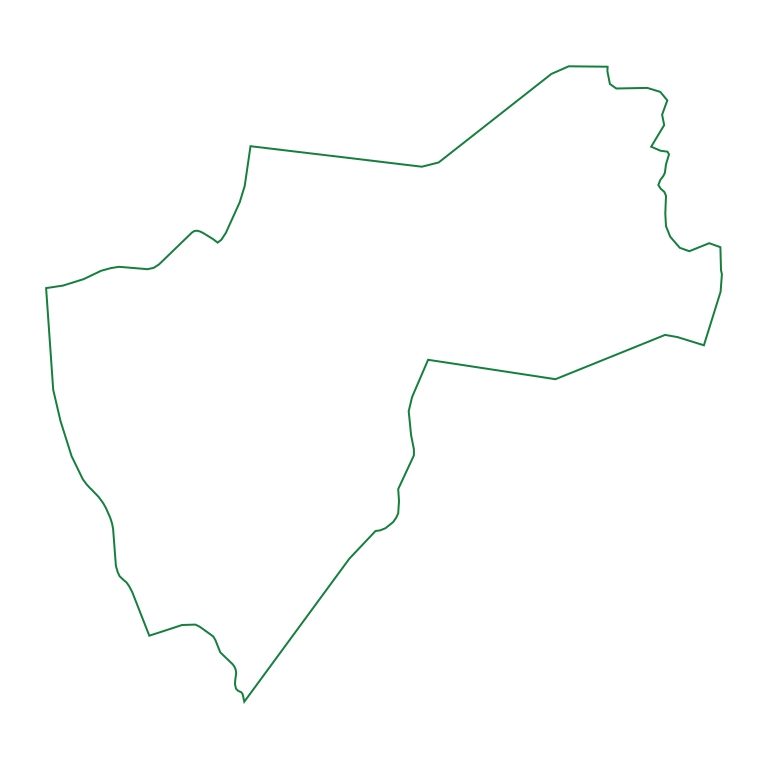 Fromager, Natural Earth projection
{"feature_id": "CIV-3445", "entity_name": "Fromager", "entity_type": "Region", "adm_level": 1, "iso_a3": "CIV", "parent_name": "Ivory Coast", "parent_adm1": "", "projection": "natural_earth1", "projection_center": [-5.843, 6.159], "detail": "fine", "context": "isolated", "style": "outline", "palette": "green", "viewbox_px": 768, "rotation_deg": 0, "n_neighbors": 0, "source": "natural_earth", "source_scale": "10m", "svg_char_len": 1498}
<svg xmlns="http://www.w3.org/2000/svg" viewBox="0 0 768 768"><path d="M568.7,66.3L606.6,66.7L607.6,66.8L607.4,71.3L609.9,84.0L616.3,88.5L647.3,87.9L660.3,91.9L667.3,100.4L662.1,114.7L664.2,125.1L658.5,134.5L651.2,146.7L660.4,150.7L667.5,151.7L669.0,154.4L666.0,164.3L664.9,172.7L663.4,175.9L660.4,179.8L658.3,185.0L660.7,188.7L664.3,191.9L666.0,195.8L665.3,213.6L666.0,226.2L670.2,236.7L679.8,247.8L689.3,251.2L709.2,243.2L720.4,247.2L721.0,270.2L721.9,274.3L720.6,291.7L703.9,345.3L677.5,337.1L665.1,334.9L555.4,379.2L428.1,359.8L412.1,397.0L408.7,411.2L411.1,435.2L413.9,449.3L413.9,455.4L398.2,489.1L399.0,501.0L398.2,513.3L396.2,517.7L393.0,522.2L385.3,528.3L380.0,530.4L375.5,531.0L349.4,558.6L244.3,701.7L242.7,694.3L241.2,692.2L238.2,690.9L236.0,688.7L235.0,684.3L235.2,680.4L236.2,673.1L235.7,669.8L234.5,666.8L232.7,664.3L220.3,652.4L215.4,640.1L213.2,636.4L199.7,626.7L195.4,624.6L182.1,625.0L149.3,635.7L132.2,592.0L129.1,586.1L126.4,582.3L124.0,580.4L119.6,576.2L117.7,572.1L115.9,565.9L113.1,528.9L112.1,523.7L110.3,517.9L105.9,508.0L103.1,503.0L98.6,496.9L91.2,489.2L89.7,487.8L86.4,484.1L82.8,479.2L71.6,456.2L60.5,421.0L53.2,389.7L46.1,288.1L62.9,285.6L83.7,279.1L101.0,270.8L110.9,268.1L119.0,266.8L147.6,269.2L153.7,267.8L158.9,264.5L192.0,232.5L194.4,231.0L197.1,230.7L200.0,231.5L202.8,232.8L213.2,239.2L217.6,242.6L221.3,239.8L225.9,232.8L239.7,202.3L244.7,186.0L250.5,146.2L421.8,166.7L438.6,162.5L551.4,73.9L568.7,66.3Z" fill="none" stroke="#15803d" stroke-width="2"/></svg>